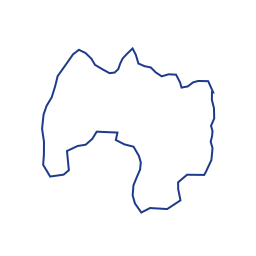 outline of Yesan-gun, South Chungcheong, South Korea, rotated 344°
{"feature_id": "91817680B1629367715088", "entity_name": "Yesan-gun", "entity_type": "district", "adm_level": 2, "iso_a3": "KOR", "parent_name": "South Korea", "parent_adm1": "South Chungcheong", "projection": "equal_earth", "projection_center": [126.793, 36.657], "detail": "fine", "context": "isolated", "style": "outline", "palette": "blue", "viewbox_px": 256, "rotation_deg": 344, "n_neighbors": 0, "source": "geoboundaries", "source_scale": "gbopen_adm2", "svg_char_len": 1088}
<svg xmlns="http://www.w3.org/2000/svg" viewBox="0 0 256 256"><g transform="rotate(344 128 128)"><path d="M219.7,117.2L218.0,105.1L208.3,102.1L203.1,102.1L196.9,104.5L190.6,103.9L190.6,98.5L188.9,90.0L182.0,87.6L174.6,87.6L170.0,82.2L166.6,76.1L160.9,73.1L155.8,68.9L155.7,59.8L154.3,52.8L147.0,56.7L141.9,59.8L138.2,64.0L134.9,68.7L130.5,71.0L125.4,70.2L120.3,65.2L113.7,58.2L111.9,51.3L107.9,44.3L102.4,39.3L95.5,42.0L85.4,50.2L74.7,58.7L72.8,62.0L69.3,68.1L63.1,77.5L55.9,84.2L50.6,91.7L45.2,105.0L43.4,118.2L39.8,130.5L37.5,136.7L36.3,140.0L39.8,153.2L53.2,155.1L59.5,152.3L63.0,133.3L74.6,131.4L82.7,132.4L90.7,128.6L96.9,122.9L116.6,129.5L113.0,136.2L120.1,142.8L128.2,147.5L130.8,158.0L130.8,164.6L128.2,171.2L122.8,177.8L117.5,184.5L113.9,194.0L113.9,202.5L117.5,212.9L127.3,211.0L128.8,211.6L143.3,216.7L158.5,212.0L159.4,200.6L161.2,194.0L171.9,189.2L188.3,194.1L190.9,191.5L199.3,181.8L201.5,176.4L203.7,170.6L203.7,164.0L206.6,158.9L208.4,154.3L208.4,148.8L213.5,142.6L216.1,132.6L216.4,124.0L218.6,116.7L219.7,117.2Z" fill="none" stroke="#1e3a8a" stroke-width="2"/></g></svg>